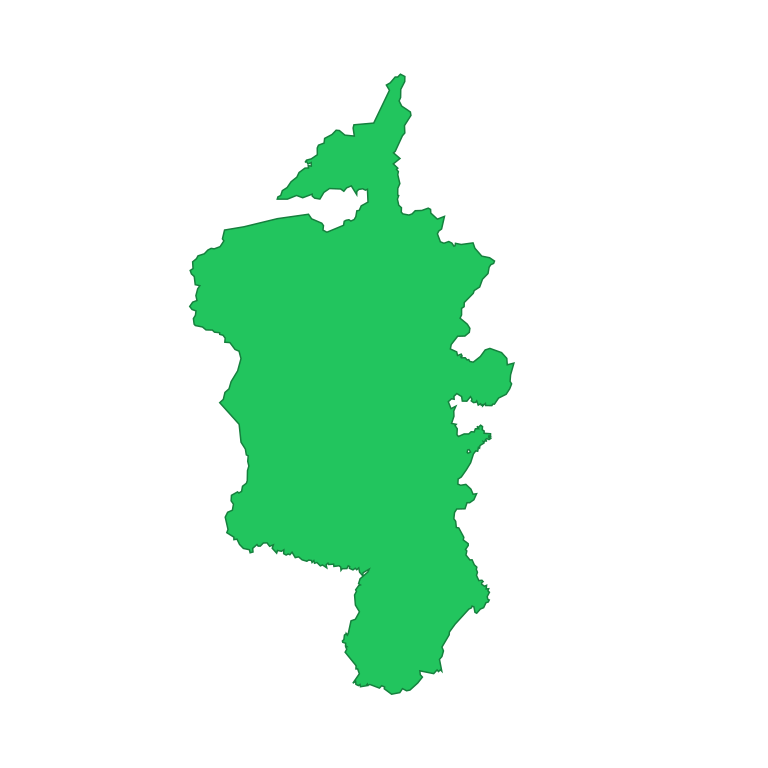 Naitasiri, Central, Fiji (Natural Earth projection), rotated 39°
{"feature_id": "14151628B8492423103487", "entity_name": "Naitasiri", "entity_type": "district", "adm_level": 2, "iso_a3": "FJI", "parent_name": "Fiji", "parent_adm1": "Central", "projection": "natural_earth1", "projection_center": [178.262, -17.851], "detail": "fine", "context": "isolated", "style": "filled", "palette": "green", "viewbox_px": 768, "rotation_deg": 39, "n_neighbors": 0, "source": "geoboundaries", "source_scale": "gbopen_adm2", "svg_char_len": 6171}
<svg xmlns="http://www.w3.org/2000/svg" viewBox="0 0 768 768"><g transform="rotate(39 384 384)"><path d="M187.9,247.8L185.8,254.8L182.9,258.8L183.2,261.4L183.8,259.9L186.5,260.8L188.1,257.7L190.4,260.4L187.7,262.0L189.4,263.6L186.7,266.0L184.9,273.1L186.1,278.1L184.5,285.2L185.1,292.3L183.3,297.7L185.1,302.5L183.8,305.4L184.7,307.5L192.6,301.1L197.4,292.5L203.6,290.4L208.7,281.7L210.0,283.1L213.2,283.2L217.8,280.6L216.7,272.9L218.6,266.4L227.6,259.7L231.5,259.5L231.5,255.1L233.9,250.6L243.6,254.0L241.7,251.5L241.9,248.7L244.6,245.7L247.6,245.0L248.6,243.1L257.1,252.7L254.2,259.9L255.5,264.6L253.9,266.5L256.8,271.7L257.3,275.0L255.7,278.2L253.4,278.4L251.5,280.6L250.7,282.6L252.7,286.1L244.1,302.0L239.7,302.8L237.3,299.0L234.4,298.2L223.8,301.2L218.5,299.6L197.1,322.6L176.2,350.0L163.2,364.7L167.1,372.9L169.5,373.5L170.2,380.4L167.0,385.8L164.3,387.4L162.8,390.8L162.4,395.9L158.8,401.5L159.4,404.6L158.4,409.5L163.0,414.5L161.9,417.7L165.0,419.6L168.9,419.9L174.8,425.6L179.0,423.5L179.3,427.3L182.2,433.7L186.1,436.8L183.8,440.8L184.2,446.0L187.9,446.9L191.9,445.5L194.2,449.3L194.7,453.1L198.8,457.0L200.6,457.3L207.1,453.9L211.6,454.0L216.7,450.1L219.6,450.4L224.0,447.6L225.1,448.8L228.2,447.4L231.7,448.3L234.0,451.7L238.2,448.8L246.5,450.9L250.7,449.7L256.9,454.3L262.0,465.9L263.7,478.4L266.6,485.3L265.7,490.6L268.8,497.1L268.1,501.9L296.8,506.5L309.5,519.2L317.2,521.8L321.6,525.7L323.7,525.3L326.8,529.9L330.6,532.8L332.4,537.2L338.6,545.2L339.5,547.8L338.4,552.5L340.9,557.1L339.8,560.1L338.1,560.0L335.5,566.5L338.7,571.0L342.6,572.1L345.6,577.5L343.2,582.1L344.4,587.4L354.3,595.2L355.4,598.5L363.7,597.5L365.3,599.4L367.4,597.1L372.7,599.6L378.2,600.3L383.7,597.5L386.2,599.4L387.9,597.0L385.4,594.4L386.3,588.7L388.2,589.2L389.9,587.8L390.3,583.5L393.0,581.1L397.3,582.1L399.2,578.6L400.5,582.0L407.0,583.0L406.0,580.4L409.6,578.5L410.5,575.9L412.8,579.0L415.6,578.5L416.5,576.4L418.3,575.9L418.4,572.6L424.3,574.8L426.4,572.1L431.0,572.2L435.6,570.3L436.3,568.2L438.7,566.8L440.4,568.0L440.6,565.4L442.8,567.0L444.2,564.9L449.0,565.4L450.1,563.3L455.2,562.9L452.8,560.9L453.2,558.5L454.6,559.1L458.2,555.7L459.9,557.3L463.5,553.5L465.6,553.5L467.8,555.8L467.7,553.9L471.3,550.8L470.6,547.8L472.2,547.5L473.1,549.0L476.9,548.0L477.6,545.3L479.7,545.5L480.1,542.8L483.5,545.6L488.1,546.4L486.5,543.8L489.0,537.2L489.8,540.4L488.0,550.4L489.9,555.2L492.1,555.0L491.2,556.7L491.5,561.8L493.1,562.5L493.9,566.5L500.9,573.8L508.3,576.5L509.8,584.9L507.4,588.8L513.1,600.1L513.5,601.7L512.1,601.6L513.0,602.3L511.6,602.3L511.3,604.1L513.7,607.9L513.4,609.9L514.5,610.7L517.4,609.6L518.7,611.5L520.5,611.5L519.7,612.4L522.0,613.6L522.6,616.9L539.6,620.5L541.5,623.1L542.8,622.0L547.2,624.7L548.1,636.1L549.1,633.0L551.2,635.1L553.9,634.5L554.5,632.6L556.2,634.1L561.0,628.7L559.8,628.5L559.9,627.8L560.5,628.5L562.3,626.3L571.8,623.2L572.1,619.9L575.2,619.1L576.0,620.7L585.1,620.3L590.5,613.9L590.1,609.1L594.6,608.2L596.8,605.5L598.4,595.1L598.3,587.6L595.2,587.1L592.3,584.4L604.9,577.8L605.2,572.8L607.3,573.2L607.7,570.6L609.6,570.8L600.4,563.1L600.5,559.3L598.2,554.0L594.6,552.0L592.5,537.9L590.9,535.6L590.4,525.9L591.6,505.5L592.8,503.0L592.2,501.2L594.1,500.6L598.4,504.2L600.3,503.8L600.5,498.3L602.2,495.1L600.9,489.8L602.2,487.8L601.7,485.6L600.2,486.0L598.0,484.3L597.0,479.5L594.9,479.4L594.2,477.2L592.4,479.0L590.4,475.9L589.4,477.9L586.0,478.2L584.9,476.9L585.4,475.2L583.6,474.9L581.4,477.1L576.3,474.5L575.1,471.5L572.4,470.0L571.4,467.9L568.0,467.7L563.1,465.2L561.5,466.7L555.3,465.3L553.4,461.6L551.5,461.3L551.1,456.5L549.9,455.1L543.7,455.3L542.5,452.9L532.7,448.8L530.5,450.0L526.1,445.6L523.1,444.8L519.7,439.5L519.2,435.4L525.5,430.0L523.2,424.0L525.3,422.3L526.7,417.4L525.0,411.0L522.6,413.6L517.7,411.0L510.8,410.5L507.3,414.5L504.4,415.3L501.4,411.2L502.6,407.6L502.0,399.0L500.9,390.7L497.5,382.0L497.4,378.3L499.1,377.3L497.3,373.8L498.6,373.7L497.3,371.4L498.8,367.1L497.3,366.3L498.4,366.0L498.3,364.0L500.0,364.0L497.9,363.2L498.2,361.8L500.6,361.1L501.2,359.3L499.4,359.5L500.1,358.2L497.7,358.9L499.4,357.2L498.1,355.6L492.8,359.3L491.4,357.5L489.1,357.7L487.4,355.1L485.0,355.2L484.7,358.1L482.9,358.5L485.7,359.2L483.2,361.3L484.3,364.5L481.8,366.2L481.3,369.5L477.7,372.4L474.9,377.9L472.6,377.5L469.1,372.7L465.4,371.6L465.5,369.9L461.3,372.1L458.7,365.1L455.2,361.1L453.8,356.0L451.6,361.0L445.1,357.3L445.8,353.0L448.1,351.7L446.1,349.6L446.6,345.6L452.2,344.9L455.6,348.0L459.2,345.2L459.2,339.4L461.9,340.4L462.4,342.2L465.3,342.1L466.8,340.5L466.7,338.8L470.5,341.1L471.5,338.5L473.0,339.3L473.8,337.9L474.5,338.9L475.1,335.3L476.6,336.7L481.4,332.9L481.2,331.2L482.5,330.1L481.9,322.8L485.4,315.1L484.7,308.6L483.1,303.6L480.3,302.6L476.6,297.2L471.8,286.0L467.7,291.5L463.3,286.8L455.6,285.6L443.9,289.7L441.2,293.9L441.6,302.0L439.6,310.9L436.4,312.5L434.5,311.7L433.5,313.0L430.6,312.5L427.6,315.0L426.6,314.6L427.1,313.1L425.2,312.2L423.2,315.6L420.3,313.3L413.5,315.0L411.4,311.0L411.2,300.5L416.7,295.8L417.8,290.2L415.7,286.7L411.1,285.1L401.7,285.0L400.8,281.5L396.7,276.4L397.6,273.5L395.1,270.2L396.3,257.4L395.3,254.6L397.3,248.4L394.6,240.6L395.3,232.7L392.2,227.1L391.9,224.1L393.3,221.3L392.5,218.9L386.6,219.4L379.5,223.1L369.2,221.3L364.4,218.3L356.2,227.0L351.0,229.7L352.2,231.8L351.6,232.9L348.1,231.8L344.7,232.5L342.0,236.9L338.3,238.0L331.0,233.7L330.3,230.6L331.2,227.3L325.5,215.7L321.7,222.3L312.8,221.7L310.3,219.0L307.7,219.5L304.2,225.3L299.2,229.7L298.8,234.1L297.1,237.0L291.7,239.9L289.3,239.6L286.6,236.0L283.0,235.8L278.1,231.9L276.8,228.3L275.8,228.6L271.6,223.3L270.2,218.3L262.9,212.6L261.5,209.9L258.6,209.3L258.9,207.6L252.7,207.1L254.5,198.7L245.9,198.4L246.3,196.1L242.1,179.5L242.2,175.8L237.3,170.3L235.9,158.3L233.3,156.0L222.9,156.9L217.6,154.5L216.6,150.9L211.6,144.5L209.8,135.9L206.7,131.9L201.8,132.9L201.5,136.8L199.5,138.4L199.3,146.1L197.7,150.2L203.4,152.3L211.8,187.7L197.5,201.5L198.9,204.5L204.9,210.0L197.0,215.2L189.8,215.1L187.1,216.9L186.6,222.8L183.3,230.5L185.8,234.5L182.8,239.6L183.6,242.6L187.9,247.8ZM492.9,384.9L491.6,384.8L490.5,382.6L491.4,381.4L494.1,382.4L492.9,384.9Z" fill="#22c55e" stroke="#15803d" stroke-width="1.5"/></g></svg>